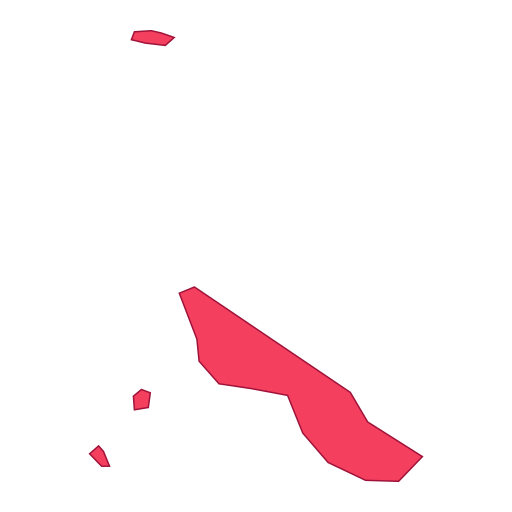 Grand'Anse Praslin, Robinson projection
{"feature_id": "SYC-5211", "entity_name": "Grand'Anse Praslin", "entity_type": "state/province", "adm_level": 1, "iso_a3": "SYC", "parent_name": "Seychelles", "parent_adm1": "", "projection": "robinson", "projection_center": [55.687, -4.284], "detail": "fine", "context": "isolated", "style": "filled", "palette": "rose", "viewbox_px": 512, "rotation_deg": 0, "n_neighbors": 0, "source": "natural_earth", "source_scale": "10m", "svg_char_len": 544}
<svg xmlns="http://www.w3.org/2000/svg" viewBox="0 0 512 512"><path d="M422.4,456.6L398.6,481.3L365.5,480.3L328.1,462.5L302.8,433.1L287.6,395.4L251.4,388.6L219.0,383.8L199.1,361.2L196.9,339.1L179.3,293.2L194.4,287.0L350.3,392.4L367.7,422.0L422.4,456.6ZM151.3,30.7L161.3,33.0L174.2,37.5L165.3,45.4L145.3,43.1L131.4,39.7L134.4,31.8L151.3,30.7ZM141.4,389.5L150.3,392.8L148.3,407.5L134.4,409.8L133.4,396.2L141.4,389.5ZM98.6,445.9L103.5,451.5L109.5,466.2L101.6,466.2L89.6,453.8L98.6,445.9Z" fill="#f43f5e" stroke="#9f1239" stroke-width="1.5"/></svg>